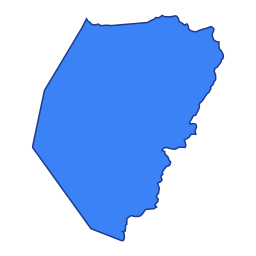 Mauriti, Ceará, Brazil (orthographic projection)
{"feature_id": "56859067B91433627627453", "entity_name": "Mauriti", "entity_type": "district", "adm_level": 2, "iso_a3": "BRA", "parent_name": "Brazil", "parent_adm1": "Ceará", "projection": "orthographic", "projection_center": [-38.648, -7.423], "detail": "fine", "context": "isolated", "style": "filled", "palette": "blue", "viewbox_px": 256, "rotation_deg": 0, "n_neighbors": 0, "source": "geoboundaries", "source_scale": "gbopen_adm2", "svg_char_len": 2045}
<svg xmlns="http://www.w3.org/2000/svg" viewBox="0 0 256 256"><path d="M86.5,18.8L82.0,27.8L76.9,36.2L74.1,41.0L63.5,58.6L61.3,62.4L51.8,78.2L44.5,90.3L40.5,109.1L33.1,144.0L32.6,147.5L47.8,168.6L57.0,181.4L62.1,188.6L69.6,198.9L90.9,228.6L121.2,240.5L123.2,240.6L124.3,238.6L124.3,234.9L124.0,232.9L122.6,231.5L125.2,231.0L125.6,228.1L125.4,225.5L126.8,224.3L126.8,221.7L126.9,218.6L128.7,217.2L130.8,215.7L132.6,215.9L134.7,216.5L138.7,216.4L140.3,215.9L142.2,214.2L143.6,212.3L145.1,209.9L146.6,209.3L153.8,208.7L156.6,207.0L155.0,205.0L155.9,203.5L157.6,201.9L158.3,199.4L156.5,197.0L156.8,195.4L158.5,193.2L159.3,188.1L158.4,185.6L157.6,183.2L160.6,181.8L162.1,179.8L161.1,177.7L161.2,175.8L162.8,174.3L162.1,172.3L164.0,169.4L166.5,166.5L168.7,165.9L170.2,164.3L170.6,162.0L168.8,159.7L167.8,156.8L165.0,154.1L164.6,151.5L162.1,150.4L162.8,148.8L164.5,147.7L166.6,147.6L172.4,149.0L175.4,149.1L179.1,147.2L182.2,147.2L185.1,147.5L185.9,145.1L184.9,141.7L184.3,140.2L189.2,137.1L191.4,134.0L194.3,134.2L195.8,134.3L195.1,130.9L196.6,126.5L196.1,124.8L194.8,123.7L193.1,123.6L189.7,123.9L190.0,121.9L192.1,118.1L193.2,115.9L195.6,115.2L197.9,110.9L199.5,107.2L199.1,104.6L200.2,102.7L201.5,101.7L203.4,99.4L205.2,96.4L207.3,93.6L208.8,92.4L210.5,89.4L211.0,86.2L212.9,84.8L213.9,82.0L215.6,79.8L215.7,77.9L215.5,74.5L214.2,71.7L214.9,68.4L217.1,67.2L219.8,63.7L221.1,61.9L221.4,59.8L222.9,58.6L223.4,56.7L223.3,54.7L222.4,53.1L221.4,51.0L219.3,48.8L218.9,45.8L219.0,42.0L215.9,41.4L213.8,39.9L212.9,38.0L212.3,35.5L212.4,33.7L213.7,30.6L213.9,28.8L212.3,27.2L210.7,26.6L207.6,27.9L199.6,30.2L196.8,31.6L194.2,31.7L190.9,30.8L188.8,29.2L188.1,25.7L186.9,23.9L184.4,25.1L182.4,23.3L179.2,21.5L178.4,18.7L177.0,16.4L175.2,15.8L173.1,16.4L170.9,16.6L168.5,16.9L164.3,16.6L162.1,15.4L160.8,16.5L159.0,17.7L155.9,17.5L153.7,19.4L151.1,20.4L147.6,22.5L128.8,24.1L122.5,24.6L111.5,25.6L106.4,25.2L103.1,25.5L100.7,25.7L98.5,24.1L96.6,24.5L93.8,24.9L91.4,24.1L89.8,22.3L88.1,21.2L86.5,18.8Z" fill="#3b82f6" stroke="#1e3a8a" stroke-width="1.5"/></svg>